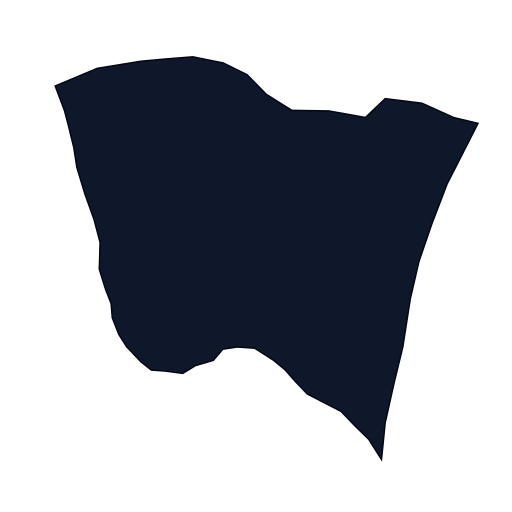 outline of Koutsoventis, Cyprus, rotated 94°
{"feature_id": "46923920B77233656237897", "entity_name": "Koutsoventis", "entity_type": "district", "adm_level": 2, "iso_a3": "CYP", "parent_name": "Cyprus", "parent_adm1": "", "projection": "natural_earth1", "projection_center": [33.428, 35.265], "detail": "fine", "context": "isolated", "style": "filled", "palette": "ink", "viewbox_px": 512, "rotation_deg": 94, "n_neighbors": 0, "source": "geoboundaries", "source_scale": "gbopen_adm2", "svg_char_len": 803}
<svg xmlns="http://www.w3.org/2000/svg" viewBox="0 0 512 512"><g transform="rotate(94 256 256)"><path d="M253.3,412.5L280.2,411.4L299.6,403.8L313.6,397.2L327.6,395.1L343.8,387.4L355.6,378.7L369.6,363.4L377.1,352.5L377.1,339.4L378.2,320.8L369.6,308.8L363.1,291.3L351.3,282.6L348.1,268.4L348.1,250.9L358.8,231.3L367.4,219.2L378.2,208.3L390.1,195.2L397.6,177.8L405.1,160.3L418.0,146.1L431.0,130.8L450.3,116.6L413.6,115.5L373.1,109.4L336.7,103.2L288.2,99.1L249.8,93.0L211.3,82.7L170.9,70.4L108.2,43.8L104.1,68.4L92.0,101.2L90.0,138.1L110.2,156.5L106.2,193.5L108.2,230.4L94.0,257.0L75.8,277.5L65.7,302.2L61.7,332.9L65.7,359.6L69.7,384.2L79.8,427.3L100.4,468.2L124.1,457.3L137.0,452.9L160.7,445.3L180.1,440.9L205.9,431.1L230.7,420.2L253.3,412.5Z" fill="#0f172a" stroke="#020617" stroke-width="1.5"/></g></svg>